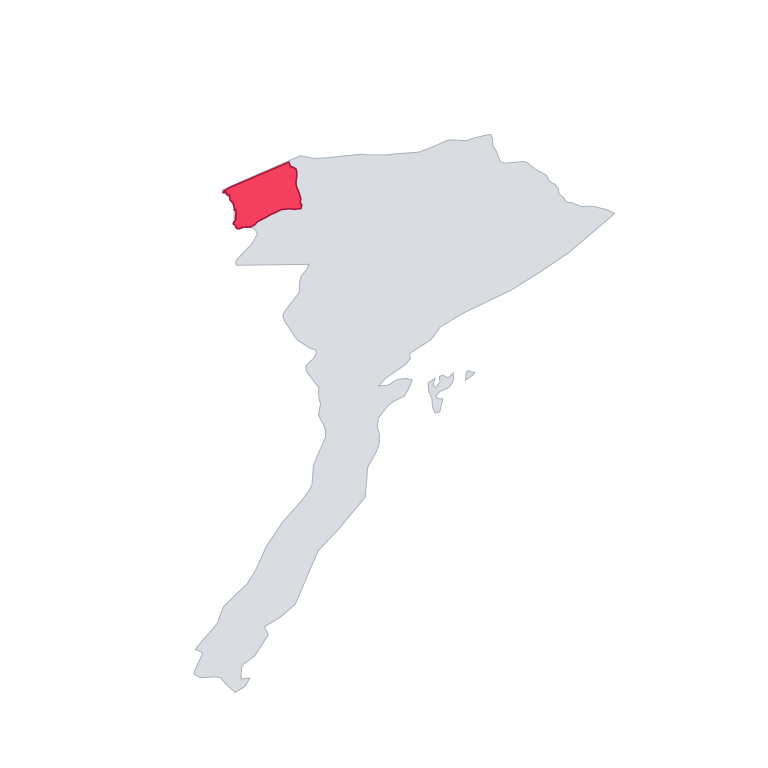 location of Omhajer, Gash Barka, Eritrea, rotated 71°
{"feature_id": "51966322B84792340140154", "entity_name": "Omhajer", "entity_type": "district", "adm_level": 2, "iso_a3": "ERI", "parent_name": "Eritrea", "parent_adm1": "Gash Barka", "projection": "equal_earth", "projection_center": [36.816, 14.649], "detail": "fine", "context": "in_parent", "style": "filled", "palette": "rose", "viewbox_px": 768, "rotation_deg": 71, "n_neighbors": 0, "source": "geoboundaries", "source_scale": "gbopen_adm2", "svg_char_len": 7710}
<svg xmlns="http://www.w3.org/2000/svg" viewBox="0 0 768 768"><g transform="rotate(71 384 384)"><path d="M147.9,474.0L145.6,446.0L144.1,427.3L142.4,407.4L140.9,388.7L147.8,377.3L151.0,366.4L159.2,331.0L162.4,323.9L168.9,305.0L169.8,299.5L176.1,275.7L175.5,259.8L174.2,243.8L177.7,234.4L180.8,226.8L180.6,220.4L182.0,205.5L182.9,201.8L186.7,201.5L194.5,203.5L200.2,202.0L206.8,201.9L211.9,201.5L214.9,197.0L219.0,179.6L221.7,176.1L223.7,175.1L229.5,171.8L234.5,166.8L238.6,163.2L240.1,162.4L244.4,162.0L248.6,159.8L250.6,157.4L256.0,155.5L261.3,156.5L264.9,154.4L267.3,153.0L270.0,152.9L272.4,150.9L273.4,147.8L275.0,145.9L279.1,141.4L281.0,138.1L281.9,134.8L282.7,132.2L284.5,127.8L291.7,116.7L297.9,110.3L319.8,166.1L328.8,199.2L336.7,233.7L342.7,285.6L348.3,312.1L357.3,325.1L363.5,349.8L368.7,350.8L372.6,357.6L379.1,380.8L383.9,389.5L386.3,382.0L386.0,377.7L384.1,370.6L385.8,361.4L389.4,355.9L397.7,363.4L402.2,369.1L403.5,380.5L405.5,386.8L414.2,400.2L421.6,404.1L431.1,405.1L439.0,408.1L445.4,413.0L457.5,426.6L484.8,438.6L507.1,475.2L520.2,500.7L563.1,539.3L570.6,557.8L574.6,575.9L583.5,575.0L599.1,594.9L603.7,610.0L616.3,615.4L618.4,606.5L624.6,613.8L627.1,625.2L619.1,629.7L610.2,633.7L608.9,633.6L606.0,638.8L601.9,653.2L597.3,657.3L594.9,657.7L580.9,644.3L578.8,643.5L575.8,646.1L573.6,648.9L567.1,638.7L562.3,629.8L555.6,619.0L549.2,614.2L542.3,608.2L535.5,594.2L528.5,578.7L518.3,566.1L499.1,547.9L481.5,524.8L468.0,500.7L459.3,488.1L455.7,484.9L437.8,477.1L425.4,466.1L415.8,457.0L409.9,454.6L404.2,454.3L392.1,456.1L382.0,450.4L377.8,450.4L371.1,448.7L365.8,446.7L359.6,449.1L346.8,453.2L341.6,452.3L338.7,446.6L337.0,442.3L332.6,437.8L328.9,437.8L326.9,441.8L313.6,452.0L291.4,457.7L286.1,457.2L282.1,453.2L270.8,435.7L267.6,432.9L265.1,432.6L259.8,430.5L255.0,427.2L250.7,420.0L246.4,416.0L241.8,430.0L233.7,454.5L229.4,467.6L223.8,484.5L222.0,485.0L219.2,483.8L208.0,462.7L201.0,454.8L195.8,455.6L192.0,459.4L189.6,466.5L187.0,470.8L184.2,472.5L178.1,471.7L168.8,468.3L159.1,469.0L149.2,473.9L147.9,474.0ZM409.3,333.9L412.3,339.1L414.4,338.6L416.0,336.9L417.2,333.2L428.6,340.4L428.0,345.2L421.2,345.5L413.3,343.4L406.0,344.1L397.3,342.0L395.3,333.9L400.8,337.9L403.7,336.9L404.2,335.8L400.2,330.3L394.7,329.2L395.1,324.9L397.5,323.2L399.1,321.1L395.9,315.1L402.1,316.5L406.0,320.1L408.6,324.3L409.3,333.9ZM404.4,296.4L406.9,305.8L399.8,302.2L398.6,300.3L401.7,296.5L402.3,294.3L404.4,296.4Z" fill="#d9dde1" stroke="#a8b0b8" stroke-width="1"/><path d="M178.2,402.0L177.9,402.1L177.2,402.2L176.8,402.2L175.9,402.0L175.3,402.1L174.9,402.2L174.6,402.1L174.2,402.2L173.5,402.0L173.3,402.1L173.0,402.2L171.9,402.2L170.5,402.4L169.1,402.4L167.2,402.2L166.6,402.1L166.4,402.2L166.2,402.0L165.8,401.9L165.1,401.7L164.4,401.3L164.1,401.2L163.5,401.0L163.2,400.9L162.5,400.6L161.7,400.2L161.3,399.8L161.1,399.8L160.6,399.5L160.3,399.4L160.1,399.2L159.9,399.1L159.2,398.8L157.9,398.4L157.5,398.3L157.4,398.3L156.1,397.9L155.8,397.7L155.5,397.6L155.0,397.5L154.7,397.4L154.2,397.3L152.4,397.2L151.7,397.3L151.6,397.5L151.3,397.8L151.0,397.9L150.9,398.3L150.6,398.3L150.5,398.5L150.2,398.6L150.1,398.8L149.9,399.0L149.6,399.4L149.5,399.5L149.4,399.5L149.2,399.7L149.0,399.9L149.0,400.0L148.8,400.3L148.7,400.4L148.5,400.5L148.4,400.5L148.1,400.8L148.0,401.1L147.9,401.4L147.9,401.5L147.8,401.4L147.7,401.5L147.4,401.7L147.2,401.5L146.8,401.5L146.7,401.6L146.3,401.7L146.1,401.7L143.3,401.6L143.3,402.2L143.3,402.4L143.3,403.0L143.5,404.8L143.5,406.3L143.6,406.7L143.6,407.9L143.8,409.1L143.8,409.8L144.1,412.9L144.1,413.3L144.1,413.7L144.2,414.5L144.2,415.2L144.3,416.2L144.4,417.0L144.4,417.7L144.5,418.3L144.5,419.3L144.6,420.1L144.6,420.7L144.6,421.0L144.7,421.5L144.8,422.6L144.9,424.0L144.9,424.6L145.0,425.2L145.0,426.1L145.1,426.6L145.2,427.9L145.2,428.3L145.5,433.8L145.8,437.0L145.9,437.8L145.9,438.4L146.0,439.1L146.0,439.7L146.1,441.2L146.1,442.0L146.3,442.7L146.4,445.2L146.5,445.6L146.5,447.1L146.6,447.4L146.6,447.8L146.6,448.2L146.6,448.6L146.9,451.6L146.9,452.3L147.0,453.5L147.0,454.2L147.1,455.1L147.2,456.3L147.3,456.7L147.3,457.8L147.4,459.1L147.5,460.2L147.6,461.6L147.7,462.9L147.8,463.7L147.9,464.4L148.0,465.9L148.1,466.2L148.1,466.5L148.3,467.5L148.5,468.6L148.7,469.3L148.8,469.9L149.1,470.7L149.1,471.0L149.2,471.3L149.3,471.7L149.3,471.8L149.4,472.3L149.6,472.7L149.9,473.2L150.5,473.9L150.6,473.6L150.9,473.2L151.0,473.2L151.0,472.8L150.9,472.8L150.8,472.7L150.7,472.5L150.6,472.3L150.4,472.2L150.3,471.7L150.1,471.7L150.2,471.4L150.4,471.3L150.5,471.3L150.8,471.3L151.0,471.1L151.6,470.8L151.9,470.7L152.1,470.6L152.3,470.8L152.4,471.0L152.6,471.2L152.8,471.1L153.0,470.9L153.0,470.7L153.3,470.6L153.5,470.6L153.6,470.3L153.8,470.1L154.0,470.1L154.3,470.2L154.4,470.3L154.6,470.1L154.9,469.5L155.1,469.3L155.1,469.0L155.1,468.6L155.4,468.3L155.8,468.2L155.9,468.3L156.0,468.6L156.5,468.7L157.0,468.8L157.5,469.0L159.1,469.6L159.4,469.7L160.0,469.7L160.4,469.6L160.5,469.4L160.8,469.2L161.9,468.6L162.1,468.5L162.3,468.6L162.5,468.6L162.8,468.5L163.1,468.1L163.3,467.9L163.5,467.7L164.0,467.7L164.6,467.7L165.0,467.7L165.5,468.0L166.0,467.9L166.5,467.8L166.6,467.7L166.8,467.8L167.1,468.0L167.4,468.0L168.1,468.0L168.4,468.1L168.9,468.1L169.1,468.2L169.7,468.0L169.8,467.9L170.0,467.9L170.0,468.1L170.1,468.6L170.2,468.9L170.3,469.0L170.4,468.9L170.4,468.7L170.5,468.5L170.7,468.9L170.9,468.8L171.0,468.5L171.1,468.4L171.3,468.1L171.6,467.8L171.6,467.6L171.8,467.7L172.1,467.7L172.3,467.8L172.6,467.7L173.1,467.9L173.5,468.2L173.7,468.3L174.2,468.3L175.0,468.1L175.0,468.3L175.2,468.6L175.2,468.8L175.4,469.0L175.6,469.0L176.0,469.3L176.6,469.5L177.0,469.5L177.5,469.6L177.7,469.8L177.8,469.8L177.9,470.1L178.4,470.4L178.7,470.4L178.8,470.3L179.6,470.3L180.0,470.3L180.3,470.5L180.5,470.7L180.5,470.9L180.6,471.2L180.7,471.3L180.8,471.4L181.1,471.5L181.4,472.1L181.5,472.7L181.7,473.1L181.9,473.3L182.2,473.4L182.4,473.5L182.5,473.4L182.8,473.8L182.9,474.1L183.0,474.3L183.6,474.5L183.7,474.4L184.3,474.0L184.5,473.9L184.9,473.6L185.1,473.2L185.3,472.9L185.8,472.7L186.1,472.7L186.3,472.8L186.6,473.1L186.8,473.2L187.1,473.2L187.3,473.3L187.5,473.1L187.8,472.7L188.1,472.6L188.5,472.7L188.8,472.7L189.0,472.6L189.4,472.2L189.6,471.6L189.5,471.3L189.6,471.2L189.9,470.9L190.1,470.7L190.1,470.0L190.0,469.6L190.0,469.3L190.1,468.6L190.1,468.4L190.1,468.1L190.3,467.9L190.3,467.7L190.1,467.3L190.0,467.1L189.8,466.9L189.8,466.6L189.8,466.3L189.8,466.1L189.9,465.8L189.9,465.5L190.3,464.6L190.4,464.4L190.4,464.0L190.5,463.8L190.8,463.6L190.9,463.0L190.8,462.9L190.9,462.7L191.0,462.6L191.2,462.0L191.5,461.7L191.5,461.1L191.6,460.5L191.9,459.7L192.0,459.5L192.2,459.2L192.3,459.1L192.1,458.7L191.9,458.0L191.8,457.5L191.8,457.2L191.7,456.8L191.7,455.7L191.7,455.4L191.5,455.0L191.3,454.4L191.2,454.2L190.9,453.6L190.8,453.4L190.7,453.3L190.1,452.3L189.7,451.6L189.4,450.6L189.3,450.2L189.1,449.4L188.8,447.6L188.8,447.2L188.7,446.3L188.4,444.8L188.4,444.0L188.2,443.0L188.2,442.4L188.1,441.8L187.8,439.9L187.6,439.1L187.5,438.5L187.3,437.8L187.0,436.3L186.9,435.2L186.8,434.7L186.8,434.4L186.7,433.9L186.8,432.8L186.3,429.2L185.7,424.1L187.5,416.6L189.2,412.9L189.7,412.3L189.8,411.5L189.9,411.1L190.0,410.6L190.0,410.2L190.1,409.8L190.4,408.5L190.6,408.0L190.6,407.5L190.8,406.8L191.1,405.8L191.2,405.5L190.5,405.1L190.0,404.8L189.5,404.4L189.4,404.3L188.9,404.0L188.6,403.8L188.1,403.4L187.8,403.4L187.5,403.4L187.2,403.5L186.6,403.9L186.1,404.1L185.9,404.2L184.5,403.7L184.1,403.5L183.8,403.4L183.5,403.2L183.0,403.0L182.8,402.8L182.6,402.7L182.3,402.6L182.2,402.6L181.9,402.5L181.9,402.4L181.7,402.4L180.9,402.3L180.6,402.2L180.2,402.2L180.0,402.3L179.8,402.3L179.0,402.2L178.7,402.2L178.4,402.1L178.2,402.0Z" fill="#f43f5e" stroke="#9f1239" stroke-width="1.5"/></g></svg>